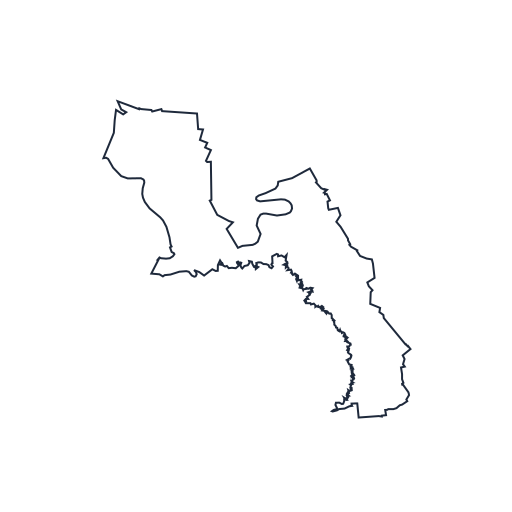 outline of Emiliano Zapata, Tabasco, Mexico, rotated 332°
{"feature_id": "50627088B17857349990944", "entity_name": "Emiliano Zapata", "entity_type": "district", "adm_level": 2, "iso_a3": "MEX", "parent_name": "Mexico", "parent_adm1": "Tabasco", "projection": "orthographic", "projection_center": [-91.663, 17.694], "detail": "fine", "context": "isolated", "style": "outline", "palette": "slate", "viewbox_px": 512, "rotation_deg": 332, "n_neighbors": 0, "source": "geoboundaries", "source_scale": "gbopen_adm2", "svg_char_len": 6149}
<svg xmlns="http://www.w3.org/2000/svg" viewBox="0 0 512 512"><g transform="rotate(332 256 256)"><path d="M222.3,70.8L221.7,71.5L206.5,54.4L205.8,63.3L208.9,68.1L205.2,68.6L201.0,61.3L195.1,69.6L188.3,80.5L167.2,98.0L169.8,98.9L171.0,100.8L171.3,111.0L174.5,122.2L179.2,127.3L190.9,133.3L192.5,135.6L192.6,136.9L191.8,138.8L187.8,143.0L184.7,147.8L183.6,151.4L183.2,156.1L184.4,164.0L189.6,176.9L190.6,181.0L190.6,188.2L188.4,198.8L186.0,205.7L185.9,208.0L184.1,208.0L183.4,212.9L184.8,214.9L184.8,216.1L182.5,217.2L178.8,217.5L175.3,216.1L171.0,213.3L170.1,212.0L167.5,213.1L168.1,213.5L155.3,222.4L162.1,226.8L164.2,230.3L166.3,230.0L171.7,232.2L181.0,233.9L187.4,236.7L189.3,238.4L190.2,243.1L191.8,245.3L193.2,245.6L195.1,244.2L195.4,241.9L194.7,239.4L198.4,243.6L201.0,248.9L211.2,247.2L213.4,250.3L215.3,251.1L218.1,246.1L222.2,243.0L222.4,246.0L220.3,246.8L221.5,247.7L222.8,247.1L222.6,249.1L223.8,250.8L225.6,251.1L226.2,253.9L229.2,255.1L232.4,257.3L236.4,256.4L236.0,253.2L236.2,252.5L237.6,252.5L237.9,253.2L237.0,255.3L237.6,255.5L239.4,254.6L239.8,255.1L237.9,256.8L237.6,259.2L238.0,260.6L241.1,259.4L244.4,260.3L247.1,259.0L247.5,257.2L249.7,259.1L249.1,261.1L249.1,264.7L250.4,265.8L249.7,267.4L252.8,266.8L251.0,264.4L252.6,264.1L252.9,262.4L255.0,262.7L257.3,264.0L258.8,266.6L261.2,268.0L262.8,269.9L262.6,272.2L264.0,274.1L266.1,273.2L265.5,270.8L266.5,270.0L267.2,270.1L270.1,263.9L275.3,263.9L276.2,265.0L275.4,266.6L278.8,267.5L280.6,270.5L283.4,269.5L280.0,274.0L280.8,276.1L280.3,277.3L278.5,276.6L276.4,276.7L277.4,277.6L279.2,277.6L279.1,279.1L278.5,279.3L277.8,278.6L276.9,280.2L278.5,279.8L279.1,281.6L278.7,282.7L277.2,283.3L280.5,284.5L280.4,286.3L279.1,287.2L279.9,288.0L279.4,288.9L279.7,290.1L282.1,289.8L283.9,293.1L283.0,294.8L282.6,294.3L282.9,293.4L281.9,292.8L282.1,294.7L280.6,295.2L280.4,297.3L282.5,295.6L282.4,297.5L284.8,298.2L284.2,299.0L284.4,300.3L282.3,300.2L283.7,301.0L283.6,301.7L282.5,302.2L280.9,301.3L281.1,303.2L283.7,302.5L283.7,303.0L282.5,303.4L283.2,304.3L282.0,305.1L280.0,304.0L279.6,304.4L281.9,306.5L281.7,308.2L282.4,307.7L285.2,308.7L285.1,308.0L285.5,307.9L286.9,309.5L289.1,309.5L290.8,310.9L288.8,311.6L289.5,312.9L289.2,314.0L288.3,313.2L287.0,314.1L287.0,312.9L285.2,312.6L286.2,314.5L285.2,314.7L285.2,315.5L281.7,316.0L281.9,318.4L279.9,317.3L276.9,318.4L277.9,318.3L279.1,319.1L279.0,319.5L277.9,319.6L277.9,321.1L281.9,323.2L281.8,324.6L284.7,325.2L285.3,327.4L284.6,328.7L285.7,328.5L286.2,329.4L287.4,329.2L287.3,330.4L288.7,330.9L288.5,332.1L289.6,332.1L289.5,331.2L290.7,331.0L291.3,332.5L289.4,332.6L288.9,333.5L289.5,334.1L290.5,333.5L290.9,334.2L288.9,335.2L290.5,336.4L290.7,337.7L291.2,336.9L292.4,337.8L291.7,339.7L293.1,339.1L293.6,341.3L295.0,341.8L295.1,343.7L293.7,346.4L294.3,347.4L293.7,348.6L294.7,349.1L295.0,350.0L293.8,350.6L293.8,351.7L292.9,353.4L293.5,355.2L293.1,356.7L294.0,357.5L293.4,359.8L294.2,360.3L293.8,360.9L294.4,361.8L295.5,360.8L295.3,362.1L296.1,363.1L295.7,364.3L297.2,364.4L297.9,365.5L297.8,367.2L296.4,367.1L295.6,368.1L296.3,368.8L296.5,367.9L297.2,367.9L297.9,369.6L296.4,369.0L296.7,370.2L296.1,371.1L297.2,371.5L294.7,372.3L295.9,372.4L294.9,373.0L296.6,373.9L296.9,374.9L296.3,375.2L298.3,377.6L298.0,378.7L297.5,378.5L295.9,379.6L294.1,378.8L293.8,379.9L294.7,381.5L293.8,382.5L292.8,381.7L292.3,381.9L293.1,383.3L292.0,384.1L292.0,385.0L293.6,387.9L293.6,388.5L292.8,388.9L292.8,389.6L291.0,390.9L290.6,390.4L287.5,390.5L288.3,391.7L287.4,392.1L287.4,395.4L289.3,397.1L288.8,397.8L288.1,397.2L287.7,397.7L288.3,398.6L287.5,398.5L286.9,399.7L288.1,399.6L288.0,400.3L288.8,400.3L288.8,401.0L288.2,400.7L288.0,401.5L286.4,402.1L286.3,403.2L287.1,403.2L286.6,404.0L285.0,403.8L285.8,404.3L285.5,405.4L286.6,405.6L286.8,407.4L286.1,407.5L285.4,406.0L283.6,406.6L283.8,407.3L284.8,407.4L283.8,408.1L285.3,408.8L285.2,410.1L284.5,410.6L283.8,410.1L282.6,411.4L281.6,410.8L281.4,412.1L281.9,412.9L280.9,412.5L280.1,413.2L281.1,413.3L281.2,414.3L278.8,413.7L279.2,414.9L277.5,416.4L277.4,417.0L278.1,417.3L277.6,417.7L278.1,418.2L277.5,419.5L276.8,419.4L276.4,418.1L276.2,419.2L275.2,419.2L274.5,417.8L273.8,420.7L273.2,420.7L272.7,419.6L271.5,420.4L272.1,422.1L270.3,420.8L270.8,421.6L270.5,422.7L271.4,422.7L271.6,423.6L270.0,424.5L268.8,423.9L268.9,425.8L268.2,425.5L268.4,424.4L267.3,422.5L267.3,423.9L266.6,423.9L265.8,425.5L263.6,427.4L262.3,427.0L260.7,424.6L257.7,423.1L256.2,424.8L256.1,429.3L252.4,428.4L250.2,428.7L250.7,429.3L255.0,430.3L257.6,430.2L262.6,432.3L267.8,432.5L270.1,433.3L269.9,432.7L270.6,432.7L271.1,431.2L275.7,433.4L276.2,433.7L270.8,446.8L289.3,455.0L291.7,456.8L292.1,456.0L296.1,457.6L297.8,452.6L299.6,453.4L300.9,453.3L305.4,455.7L308.6,456.3L312.9,455.3L315.2,455.8L321.4,455.2L321.4,453.3L325.8,450.7L326.3,449.2L326.6,447.9L325.4,438.7L324.7,438.3L325.0,437.4L326.6,437.2L327.1,433.4L329.5,428.9L331.7,422.5L335.4,423.5L335.0,420.6L338.8,416.7L338.9,412.6L348.7,410.7L348.0,406.8L347.5,406.9L346.9,404.2L346.5,404.2L339.7,370.8L340.8,367.8L338.6,363.5L341.2,360.1L334.4,351.9L340.3,341.8L342.8,340.9L341.4,335.7L341.9,331.6L350.4,331.0L355.7,317.6L356.7,313.4L352.5,310.2L347.9,304.8L347.4,298.9L348.1,298.5L344.3,292.5L343.7,290.0L344.7,289.8L344.6,285.4L345.3,284.0L344.4,269.9L343.0,263.5L349.7,259.7L350.9,252.0L342.0,249.4L342.2,247.7L344.7,241.5L347.4,241.6L347.6,234.4L345.9,233.9L346.4,232.6L345.8,232.0L349.8,230.9L347.8,229.0L347.4,229.3L345.4,226.8L343.5,219.2L344.4,219.0L345.0,217.6L344.6,204.0L324.4,204.2L310.5,200.9L308.3,203.9L304.8,205.6L294.0,205.0L286.9,203.9L283.9,204.3L282.8,205.8L283.0,207.4L285.3,209.7L304.7,217.7L308.0,219.8L310.5,223.2L311.2,225.7L311.3,228.0L310.1,231.0L307.8,232.9L306.2,233.5L301.7,233.1L293.5,230.1L284.7,223.2L282.4,222.0L279.4,221.6L275.2,224.0L270.9,229.4L270.4,238.7L264.3,244.2L261.1,244.8L258.3,244.6L248.8,240.7L243.9,240.3L242.8,218.3L251.4,215.4L248.5,212.4L241.1,201.5L241.2,185.4L243.0,185.5L260.4,151.6L257.0,150.1L256.5,148.5L265.9,141.3L262.0,136.3L266.1,133.2L261.0,127.2L268.6,119.4L264.5,116.8L270.8,102.5L241.1,84.0L241.4,81.9L232.2,79.7L232.2,78.0L223.5,72.3L222.3,70.8Z" fill="none" stroke="#1e293b" stroke-width="2"/></g></svg>